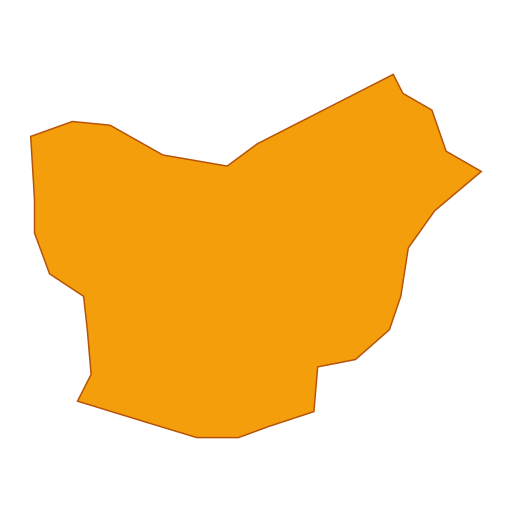 outline of Uijeongbu-si, Gyeonggi, South Korea
{"feature_id": "91817680B6871011244235", "entity_name": "Uijeongbu-si", "entity_type": "district", "adm_level": 2, "iso_a3": "KOR", "parent_name": "South Korea", "parent_adm1": "Gyeonggi", "projection": "natural_earth1", "projection_center": [127.071, 37.727], "detail": "fine", "context": "isolated", "style": "filled", "palette": "amber", "viewbox_px": 512, "rotation_deg": 0, "n_neighbors": 0, "source": "geoboundaries", "source_scale": "gbopen_adm2", "svg_char_len": 492}
<svg xmlns="http://www.w3.org/2000/svg" viewBox="0 0 512 512"><path d="M393.2,74.4L257.3,143.8L227.1,166.1L162.9,155.0L110.0,125.2L72.3,121.5L30.7,136.4L34.5,199.6L34.5,233.0L49.6,273.9L83.6,296.3L87.3,329.7L91.1,374.4L77.5,401.2L147.7,422.7L196.8,437.6L238.4,437.6L268.6,426.5L312.6,412.0L313.9,411.6L317.7,366.9L355.5,359.5L389.4,329.7L400.8,296.3L408.3,247.9L434.7,210.7L481.3,171.5L446.1,151.2L431.9,110.1L402.9,93.4L393.2,74.4Z" fill="#f59e0b" stroke="#b45309" stroke-width="1.5"/></svg>